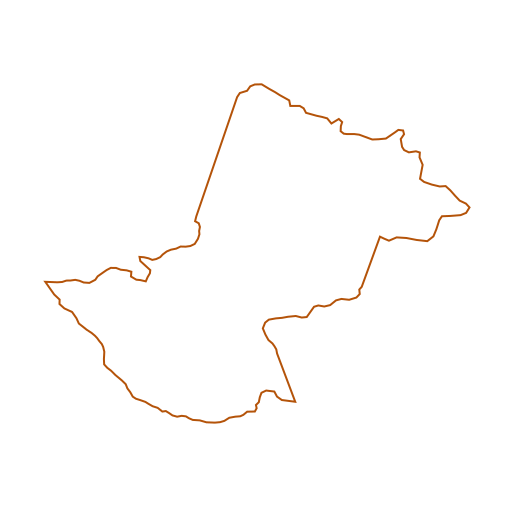 Novo Brasil, Goiás, Brazil, rotated 97°
{"feature_id": "56859067B90226026363141", "entity_name": "Novo Brasil", "entity_type": "district", "adm_level": 2, "iso_a3": "BRA", "parent_name": "Brazil", "parent_adm1": "Goiás", "projection": "natural_earth1", "projection_center": [-50.63, -16.056], "detail": "fine", "context": "isolated", "style": "outline", "palette": "amber", "viewbox_px": 512, "rotation_deg": 97, "n_neighbors": 0, "source": "geoboundaries", "source_scale": "gbopen_adm2", "svg_char_len": 2585}
<svg xmlns="http://www.w3.org/2000/svg" viewBox="0 0 512 512"><g transform="rotate(97 256 256)"><path d="M421.8,330.0L420.9,326.6L422.5,323.1L424.4,319.5L425.1,314.7L423.7,310.3L423.7,306.0L425.2,302.8L426.4,298.8L426.0,291.8L427.1,284.9L426.4,276.5L425.3,271.4L423.5,267.3L419.8,262.8L418.0,257.0L417.0,252.1L415.2,249.2L411.6,245.8L410.5,238.2L407.0,236.8L403.9,237.9L400.8,235.4L395.7,235.0L391.1,233.9L388.3,229.5L388.3,221.3L393.0,218.0L395.8,212.8L395.9,199.3L350.2,223.2L346.2,224.5L343.3,226.7L340.8,229.0L337.9,233.4L332.8,237.1L327.0,240.4L321.0,238.8L317.6,235.5L315.5,228.7L314.2,222.6L312.4,216.8L310.7,209.2L311.5,203.1L310.4,198.2L299.3,192.2L297.5,188.1L297.8,182.1L295.7,176.4L290.3,171.2L288.2,166.0L288.1,158.2L285.0,151.3L281.1,148.4L276.7,149.4L273.7,147.3L221.7,135.3L223.2,130.8L224.6,125.9L220.4,118.7L219.8,108.9L220.5,98.5L220.4,87.8L214.9,82.3L207.7,80.3L203.6,79.5L198.2,78.5L193.9,76.3L192.5,67.7L190.5,57.9L187.6,52.7L181.8,50.0L178.4,54.0L176.2,60.6L171.9,65.8L167.2,71.1L163.5,76.3L164.6,82.1L163.7,90.2L162.0,98.2L159.4,102.6L145.2,101.7L138.2,105.7L133.3,106.0L132.6,110.0L134.5,116.9L132.8,121.9L129.9,124.3L122.3,126.6L117.1,123.9L113.5,125.3L113.5,130.1L116.5,133.3L123.6,141.4L125.2,148.7L126.2,154.8L123.0,168.4L123.0,173.3L123.9,180.5L123.9,183.8L121.8,187.2L116.7,187.6L112.6,186.8L109.9,190.5L115.3,197.3L110.7,202.1L109.9,207.5L109.4,213.2L108.6,218.4L107.8,223.8L103.6,226.7L101.7,230.9L102.9,240.2L97.5,242.0L93.4,252.1L91.1,256.9L88.5,263.3L84.9,271.3L85.9,278.1L88.3,282.4L93.1,285.0L96.2,291.9L100.6,294.1L224.0,320.1L228.9,320.7L230.5,316.8L234.0,315.2L238.1,315.5L241.3,314.8L246.0,315.7L251.5,318.3L254.1,322.4L255.3,326.9L255.8,332.0L258.4,336.1L260.1,341.2L262.4,345.2L265.9,348.8L268.8,350.9L271.2,354.7L272.5,358.5L271.4,362.3L270.9,367.1L271.1,371.5L275.1,370.2L282.9,359.2L286.1,359.2L290.2,361.0L294.6,362.3L294.0,367.9L294.1,371.9L291.6,377.6L286.8,377.8L286.0,382.6L286.1,388.6L284.9,393.5L285.5,398.7L288.1,402.5L290.6,405.3L293.4,408.4L295.5,410.7L299.2,412.6L303.0,418.1L303.3,423.8L302.1,428.2L301.7,432.5L303.0,437.4L303.5,441.2L305.4,445.2L306.3,449.9L307.3,462.0L318.8,451.6L323.2,445.6L327.6,445.2L331.4,439.8L334.0,431.7L339.7,426.6L344.6,423.6L349.8,415.1L352.4,409.8L354.8,406.1L356.8,403.7L359.5,401.2L362.2,398.3L364.9,396.6L369.5,394.9L373.5,394.6L376.8,394.4L382.1,393.5L385.1,390.0L387.5,385.9L391.4,380.9L395.7,374.2L399.1,369.7L403.1,367.5L406.5,364.2L410.6,361.2L412.3,357.8L413.1,353.5L414.3,348.0L415.8,344.8L417.7,340.3L418.7,335.1L421.8,330.0Z" fill="none" stroke="#b45309" stroke-width="2"/></g></svg>